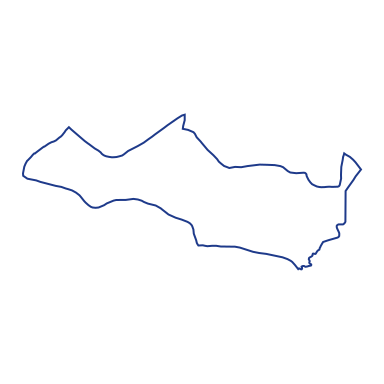 Santa Eulalia, Huehuetenango, Guatemala
{"feature_id": "79465075B65740660783251", "entity_name": "Santa Eulalia", "entity_type": "district", "adm_level": 2, "iso_a3": "GTM", "parent_name": "Guatemala", "parent_adm1": "Huehuetenango", "projection": "orthographic", "projection_center": [-91.3, 15.75], "detail": "fine", "context": "isolated", "style": "outline", "palette": "blue", "viewbox_px": 384, "rotation_deg": 0, "n_neighbors": 0, "source": "geoboundaries", "source_scale": "gbopen_adm2", "svg_char_len": 3387}
<svg xmlns="http://www.w3.org/2000/svg" viewBox="0 0 384 384"><path d="M184.7,114.7L182.0,115.5L177.5,118.3L167.7,125.1L163.9,128.0L154.9,134.5L152.2,136.6L148.6,139.1L143.7,142.7L137.7,146.1L128.1,151.0L124.1,154.2L122.2,155.5L119.4,156.3L116.6,157.0L114.2,157.2L112.0,157.3L109.2,156.9L106.3,156.3L104.4,155.6L103.2,154.9L101.9,153.9L101.2,153.1L100.8,152.5L98.4,150.6L94.8,148.5L88.8,144.0L88.3,143.7L84.8,141.1L71.3,129.5L68.9,127.2L65.8,130.3L65.0,131.5L64.5,132.3L63.6,133.4L62.3,135.1L60.8,136.6L59.3,137.6L56.0,140.4L53.8,141.5L51.5,142.2L48.6,143.7L44.3,146.7L43.8,146.7L42.4,147.7L40.7,149.0L36.1,152.5L34.9,153.5L34.3,153.4L32.9,154.7L31.0,157.0L27.9,160.2L27.1,160.9L25.6,163.6L24.3,166.7L23.0,173.4L23.2,175.8L27.4,178.7L36.2,180.4L40.4,181.9L55.8,185.9L61.3,186.9L65.8,188.5L68.0,189.1L72.0,190.4L76.0,192.6L79.5,195.3L81.1,197.2L83.0,199.6L84.2,201.1L85.6,202.6L88.4,205.1L90.8,206.8L92.6,207.5L95.6,207.8L98.6,207.5L104.1,205.2L106.8,203.4L113.6,200.6L116.2,200.0L125.9,199.9L133.4,198.9L137.9,199.5L141.7,200.7L144.0,202.0L147.9,203.6L155.7,205.5L160.7,208.3L162.4,209.7L168.5,214.5L175.6,217.7L181.7,219.6L187.1,221.7L188.3,222.3L190.0,223.4L191.7,225.2L192.3,226.4L193.4,229.5L193.8,233.7L195.0,237.0L196.2,240.3L196.8,242.9L197.5,244.2L198.4,245.5L202.8,245.3L205.0,245.8L207.4,246.2L212.1,245.8L216.2,245.8L220.7,246.5L235.0,246.7L239.9,247.6L253.0,251.8L259.1,253.0L266.3,253.9L282.5,257.3L287.5,259.1L290.7,260.8L292.2,261.9L294.9,264.9L298.2,269.1L299.0,268.4L299.6,268.6L300.5,269.1L301.0,269.3L301.6,269.3L302.0,268.8L302.1,268.3L302.0,267.7L301.7,267.1L301.6,266.6L302.1,266.3L302.6,266.1L303.0,266.0L304.0,266.0L304.4,266.2L305.2,266.7L305.7,266.8L306.5,266.6L307.1,266.5L308.0,266.3L308.5,266.0L309.3,265.9L309.9,265.8L311.0,265.5L311.3,264.9L311.1,264.3L310.7,264.1L310.1,263.7L309.5,263.2L309.3,262.8L309.3,262.4L309.4,261.9L309.7,261.3L309.6,260.7L309.4,260.3L309.0,259.8L308.8,259.3L309.0,258.1L309.5,257.6L310.0,257.3L311.3,256.6L312.1,256.0L312.5,255.5L312.5,255.0L312.6,254.3L312.9,253.7L313.5,253.6L314.1,253.7L314.7,253.9L315.5,253.9L315.9,253.4L316.6,252.2L317.1,251.4L317.7,250.7L318.2,250.3L318.8,249.9L319.3,249.7L319.5,249.2L319.6,248.7L319.8,247.9L320.2,247.3L320.6,246.3L321.7,244.3L323.1,242.0L327.2,240.6L329.1,240.0L337.5,237.6L338.4,237.1L338.8,236.6L339.2,236.0L339.3,233.8L339.1,232.7L337.1,228.4L336.8,227.5L336.7,226.3L336.8,225.7L337.2,225.2L337.9,224.7L338.6,224.4L343.0,224.4L343.7,224.0L344.4,223.2L345.0,222.6L345.4,221.7L345.6,191.0L348.3,187.1L353.4,180.0L355.6,176.4L361.0,169.5L355.5,162.3L353.1,159.7L349.9,156.9L346.5,155.0L346.1,154.8L344.2,153.4L343.7,155.3L343.1,156.9L342.7,159.8L341.3,166.9L341.1,172.0L341.0,174.9L341.1,178.6L339.8,184.7L339.5,185.5L338.9,186.2L337.8,186.7L332.0,186.9L329.5,186.7L327.6,186.8L326.4,186.9L324.4,187.1L321.3,187.2L319.3,187.0L316.9,186.5L314.5,185.4L312.1,184.2L310.3,182.3L308.5,179.8L307.0,176.8L306.6,175.8L306.4,174.3L305.9,173.6L305.4,173.2L305.0,172.9L303.8,172.7L296.2,173.2L290.3,172.5L287.8,171.1L283.1,167.2L280.4,166.1L274.7,165.1L266.9,164.8L259.7,164.6L247.3,166.1L246.3,166.3L241.2,167.2L235.1,166.9L229.3,168.0L226.8,167.0L224.1,166.0L221.2,163.7L218.8,161.6L217.1,159.1L213.4,155.2L207.6,149.9L201.3,142.4L200.8,141.7L196.7,137.3L194.9,133.8L193.5,132.2L188.1,129.9L182.8,128.8L183.2,125.9L184.7,120.2L184.7,114.7Z" fill="none" stroke="#1e3a8a" stroke-width="2"/></svg>